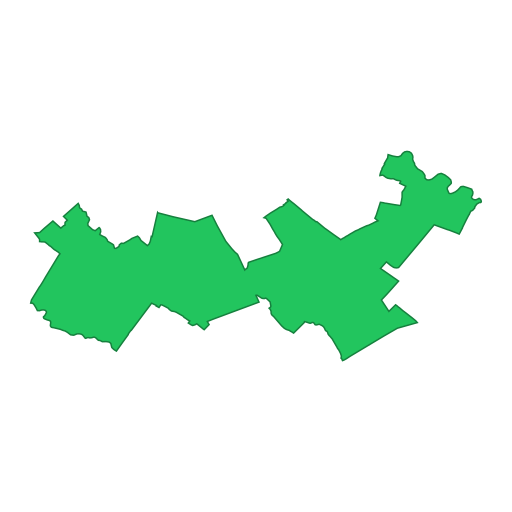 Ulmi, Dâmbovita, Romania
{"feature_id": "2599482B32143237238220", "entity_name": "Ulmi", "entity_type": "district", "adm_level": 2, "iso_a3": "ROU", "parent_name": "Romania", "parent_adm1": "Dâmbovita", "projection": "robinson", "projection_center": [25.49, 44.891], "detail": "fine", "context": "isolated", "style": "filled", "palette": "green", "viewbox_px": 512, "rotation_deg": 0, "n_neighbors": 0, "source": "geoboundaries", "source_scale": "gbopen_adm2", "svg_char_len": 5943}
<svg xmlns="http://www.w3.org/2000/svg" viewBox="0 0 512 512"><path d="M397.4,328.2L417.3,322.6L416.2,321.3L415.6,320.7L411.6,317.4L410.0,316.2L406.2,313.2L403.0,310.8L399.5,307.8L398.2,306.9L397.0,305.8L395.6,304.8L388.9,311.4L381.4,300.0L386.8,294.3L398.6,281.1L380.5,268.5L386.4,261.9L390.5,265.3L393.5,267.3L394.3,267.6L396.3,267.9L398.0,267.7L398.7,267.4L418.7,243.5L434.2,224.8L447.1,229.5L449.4,230.2L456.4,232.9L459.2,234.1L462.5,227.9L462.5,227.5L466.4,219.6L468.7,215.2L469.2,214.6L470.2,212.2L471.1,211.0L472.6,210.4L474.6,208.1L474.8,207.8L474.7,207.0L474.9,206.5L475.4,206.1L476.7,204.2L479.2,202.6L480.3,202.6L480.7,202.5L481.2,202.0L481.3,201.2L480.6,199.3L479.1,198.3L477.8,199.0L476.2,199.7L475.2,199.8L474.0,199.6L473.3,199.4L472.1,198.5L471.5,197.5L471.7,196.4L472.5,195.1L472.9,193.1L472.8,191.7L472.1,190.4L471.7,189.2L467.6,187.7L463.4,186.4L461.9,186.5L460.6,186.9L459.7,188.0L457.7,190.1L455.5,191.8L452.7,193.1L451.1,193.6L449.8,193.6L448.9,193.1L447.3,189.4L447.2,188.0L448.2,186.3L449.7,185.0L451.2,183.4L451.3,182.2L450.7,179.9L448.4,177.6L444.9,175.0L442.7,174.0L441.2,173.4L438.1,174.2L434.2,177.4L431.8,179.2L429.0,180.0L426.8,179.8L425.0,178.2L424.9,175.4L423.9,173.7L422.3,171.6L417.6,168.8L414.8,165.3L414.5,163.3L413.4,161.5L412.7,159.5L412.7,158.7L412.9,157.1L412.6,155.5L411.4,153.2L409.4,151.8L407.0,151.4L404.6,151.9L402.6,153.4L400.9,155.8L398.3,156.8L396.5,156.7L392.6,156.0L388.1,154.6L387.6,158.2L387.3,158.4L384.3,163.6L384.3,163.9L384.7,164.2L382.0,168.3L382.2,168.7L381.8,169.7L381.1,171.1L380.4,173.1L379.9,175.3L379.9,175.6L382.2,175.1L382.8,175.2L383.3,175.4L386.2,177.5L387.7,178.2L390.9,178.8L391.7,178.8L392.7,178.7L393.4,178.7L395.8,179.9L396.6,180.2L397.9,180.5L399.1,180.6L399.8,180.8L400.6,181.1L400.7,181.3L399.7,183.3L405.8,186.2L404.0,189.7L402.5,191.5L402.1,192.3L402.1,195.3L402.1,197.3L401.4,201.2L400.7,204.8L400.5,205.2L400.1,205.5L394.6,204.7L386.3,203.3L385.1,203.2L383.2,202.7L380.4,202.3L376.3,215.1L374.9,218.3L378.0,220.8L374.7,222.2L372.7,223.3L368.7,225.2L366.9,225.7L365.7,226.2L359.6,229.0L358.7,229.6L355.3,231.0L352.3,232.8L351.2,233.4L349.0,234.7L348.4,235.2L347.2,235.8L345.4,236.8L344.4,237.6L342.9,238.3L340.7,239.7L340.2,239.2L333.9,234.8L326.0,229.1L324.8,228.3L316.9,221.7L315.7,221.7L314.5,220.5L312.6,219.4L302.2,210.8L301.3,209.9L293.9,203.7L293.4,203.3L292.3,202.5L289.7,200.4L288.2,199.0L287.1,199.8L288.1,201.3L285.9,202.8L285.9,203.3L283.6,204.8L284.0,205.2L282.9,206.2L281.7,206.7L279.8,207.2L276.5,209.4L270.4,213.1L265.9,216.2L264.0,217.7L266.1,218.3L270.1,224.3L272.6,228.9L274.7,232.3L275.2,233.4L275.8,234.4L277.1,236.5L279.4,239.6L282.5,244.5L279.7,251.1L279.0,251.7L275.8,253.3L256.9,259.5L248.7,262.3L248.2,263.0L248.1,264.5L247.9,265.7L247.5,267.1L247.1,268.1L247.0,268.3L245.4,269.3L244.8,270.0L237.5,254.3L235.0,252.2L231.7,248.6L225.8,241.3L217.2,225.7L212.0,215.3L194.8,221.7L172.8,216.7L166.3,215.0L157.8,212.8L157.6,212.5L152.1,236.7L151.7,236.6L151.3,236.4L150.3,241.3L149.2,243.9L147.4,245.6L141.0,240.5L139.4,237.8L137.6,236.1L131.9,238.4L129.8,239.9L124.6,242.8L123.6,243.4L121.3,243.2L119.3,244.9L119.0,246.5L116.0,248.4L114.5,248.3L113.5,244.9L112.3,244.0L107.7,241.3L107.1,239.7L106.1,238.3L105.1,237.3L102.5,236.1L99.7,234.5L100.7,231.8L100.5,229.5L99.6,228.0L99.1,227.6L95.2,230.7L92.6,229.7L88.0,225.6L87.8,223.4L89.5,219.7L88.8,217.6L86.9,216.1L86.5,214.0L86.0,212.1L84.4,211.6L82.5,211.2L81.6,209.2L79.6,207.8L79.2,205.3L78.2,203.4L63.5,216.4L67.3,220.2L65.1,222.3L64.9,225.3L63.7,225.7L60.8,228.1L52.9,221.0L44.4,228.2L39.6,232.6L34.7,232.9L39.4,238.9L39.6,240.1L39.6,241.6L40.2,241.6L41.1,241.8L44.0,241.9L45.1,242.1L48.3,244.6L49.4,245.7L50.6,246.3L53.9,249.3L54.9,250.0L56.0,250.6L56.8,251.2L58.2,252.1L60.0,253.8L58.5,255.7L45.5,277.1L42.8,281.8L40.3,285.8L39.5,286.8L31.5,299.9L30.7,303.1L32.6,303.2L33.9,304.4L36.0,307.8L37.4,310.6L39.5,310.7L41.7,310.0L43.6,309.9L45.2,310.3L46.3,311.4L46.4,312.7L45.3,314.7L44.6,315.8L43.5,316.7L43.4,317.2L43.9,318.4L44.5,318.8L47.2,319.9L49.4,320.5L50.3,321.1L50.7,322.0L50.6,323.5L50.4,325.0L50.4,325.9L50.8,326.5L51.3,327.2L52.3,327.5L53.7,327.7L60.3,329.3L62.7,330.3L65.1,331.0L67.5,332.4L70.6,334.8L71.9,335.0L73.8,335.2L76.9,333.9L79.0,333.8L80.5,334.0L81.4,334.3L82.4,334.8L83.4,335.9L85.0,338.0L85.5,338.3L86.6,338.0L86.9,337.7L88.9,337.6L89.7,337.9L91.9,337.7L93.4,337.2L94.0,337.1L94.5,337.2L95.6,337.7L97.9,339.9L98.4,340.3L99.6,340.4L100.7,340.8L101.9,341.5L102.6,341.7L106.0,341.6L108.3,341.9L109.4,342.2L110.8,343.4L111.7,347.2L112.1,347.8L113.2,348.9L114.3,349.8L116.4,351.1L121.2,344.3L128.3,334.5L128.3,333.9L128.6,333.5L130.7,330.6L131.1,330.2L131.3,330.3L151.6,303.2L156.5,305.5L156.2,306.0L159.0,307.5L160.8,304.8L162.1,305.0L165.3,306.6L168.4,308.3L169.2,309.4L171.4,311.0L174.7,311.6L176.4,312.3L183.0,316.1L184.1,317.4L185.9,318.5L187.6,319.8L189.8,321.0L188.3,323.0L191.1,324.8L192.7,325.5L194.7,324.9L195.8,324.4L196.6,323.8L197.3,324.2L203.3,329.1L204.2,329.7L209.1,324.6L207.3,321.5L213.0,319.2L259.0,302.1L255.9,295.3L256.2,295.2L257.3,295.3L261.6,298.1L263.0,298.5L264.7,298.5L265.4,298.1L266.4,298.4L270.1,301.9L270.9,306.1L270.5,307.2L269.1,308.2L270.3,309.5L271.0,311.1L271.2,313.7L272.0,315.1L273.8,316.7L281.6,325.8L284.3,328.3L286.2,329.4L287.3,329.8L289.3,330.4L289.8,330.7L290.2,331.1L291.6,331.8L293.6,333.1L304.2,322.6L304.4,322.1L304.5,321.6L306.8,322.2L309.1,323.0L310.0,323.2L310.7,323.2L312.0,322.5L313.0,322.5L313.5,322.7L314.0,323.1L315.0,324.6L315.3,324.8L316.6,324.9L318.9,324.3L319.4,324.3L322.4,325.8L323.2,326.5L324.0,327.4L324.6,328.5L325.4,330.3L325.7,330.7L327.0,331.4L327.3,331.9L327.6,332.4L328.1,334.1L328.5,334.7L329.4,335.8L330.1,336.4L331.3,337.9L332.4,339.1L332.4,339.3L337.1,347.4L337.7,348.7L338.4,349.3L339.4,351.1L340.5,353.3L341.1,355.0L341.3,356.1L341.3,357.1L341.0,358.1L341.7,358.7L342.5,360.6L343.7,360.2L346.1,358.9L350.2,356.2L383.9,336.0L397.4,328.2Z" fill="#22c55e" stroke="#15803d" stroke-width="1.5"/></svg>